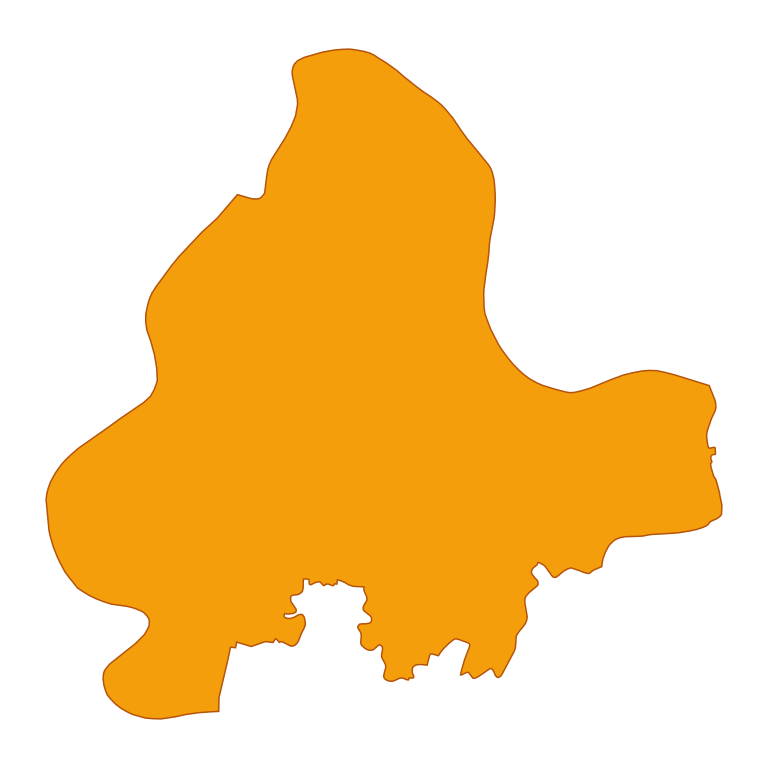 outline of Nam Sach, Hải Dương, Vietnam
{"feature_id": "81297802B53771614429572", "entity_name": "Nam Sach", "entity_type": "district", "adm_level": 2, "iso_a3": "VNM", "parent_name": "Vietnam", "parent_adm1": "Hải Dương", "projection": "mercator", "projection_center": [106.346, 21.022], "detail": "fine", "context": "isolated", "style": "filled", "palette": "amber", "viewbox_px": 768, "rotation_deg": 0, "n_neighbors": 0, "source": "geoboundaries", "source_scale": "gbopen_adm2", "svg_char_len": 6089}
<svg xmlns="http://www.w3.org/2000/svg" viewBox="0 0 768 768"><path d="M107.3,695.0L111.1,699.5L115.8,704.3L120.7,708.1L126.5,711.5L132.4,714.4L145.6,718.1L153.4,718.7L161.2,718.9L175.7,716.7L185.9,714.5L198.6,712.7L212.2,711.7L218.7,711.4L219.0,697.5L227.8,660.1L230.5,647.2L235.6,647.7L236.6,642.1L251.3,646.5L263.8,642.1L266.0,641.6L273.1,642.5L275.3,638.8L275.9,638.8L276.8,639.5L279.4,642.4L280.5,641.9L281.4,641.7L282.7,642.0L289.4,645.4L291.3,646.1L293.2,646.0L295.3,644.9L297.1,643.2L298.6,640.6L301.5,633.2L304.2,628.0L305.2,625.2L305.4,623.5L304.6,618.5L304.0,616.8L303.1,615.4L302.1,614.6L301.3,614.4L300.0,614.4L298.6,614.8L293.6,617.5L291.2,618.2L289.8,618.5L287.5,618.4L285.3,617.7L284.5,617.1L284.1,616.3L284.2,614.9L284.4,614.0L284.7,613.7L289.3,614.0L293.4,613.4L295.6,612.3L296.2,611.2L296.2,610.2L296.0,609.1L291.4,602.3L290.7,600.6L290.6,597.3L291.0,596.4L292.0,595.4L294.0,595.0L297.4,594.7L299.2,594.0L301.1,592.7L302.4,591.3L303.3,587.4L303.2,582.8L303.5,579.0L307.2,579.0L308.3,579.3L309.0,579.7L309.2,583.7L309.6,584.4L310.2,584.6L311.1,584.7L314.5,582.9L316.8,582.0L318.4,581.8L319.6,581.9L320.6,582.4L323.2,585.4L323.7,585.6L324.9,585.2L326.0,584.2L327.4,584.1L328.1,584.1L329.8,584.6L332.3,585.6L333.4,585.6L335.2,583.7L336.8,584.1L337.5,579.8L340.7,580.7L344.6,582.4L348.4,584.6L352.3,586.1L355.4,586.5L364.0,586.8L363.9,590.1L365.0,593.1L366.8,596.8L366.9,599.6L366.8,600.4L364.5,604.2L363.5,606.2L363.2,607.3L363.1,608.8L363.4,609.8L364.3,611.1L369.4,615.1L371.1,616.8L371.4,617.9L371.6,620.3L371.2,621.5L370.6,622.4L369.4,623.1L365.7,623.8L362.5,623.8L359.8,624.1L358.5,625.4L357.8,626.6L357.8,627.6L358.2,628.7L359.6,630.6L360.7,632.7L361.1,634.4L361.3,635.7L360.7,642.7L361.1,644.4L361.7,645.4L365.0,648.4L367.2,649.6L368.7,650.1L370.9,650.2L372.5,650.0L373.6,649.5L378.3,645.4L379.3,644.9L380.3,645.0L381.1,645.5L382.1,646.5L382.5,647.6L382.5,648.7L382.3,651.2L381.7,653.9L381.6,656.0L381.8,657.5L385.0,663.6L385.6,665.3L385.7,666.8L385.5,668.8L384.6,671.6L383.8,675.2L383.8,676.8L384.2,678.0L384.7,678.8L386.2,679.9L388.2,680.8L391.4,681.3L393.2,681.1L396.7,679.6L399.3,678.3L401.0,678.0L402.3,678.0L403.4,678.3L406.5,679.7L408.6,679.9L409.0,678.1L412.9,678.0L413.5,677.8L413.8,677.1L413.6,675.8L412.5,673.4L412.2,671.8L412.5,668.0L413.3,666.7L414.8,665.5L416.5,664.9L418.3,664.6L422.1,664.6L427.2,665.1L428.2,660.5L429.6,655.6L430.2,654.3L431.0,654.0L432.4,654.0L438.4,655.7L440.7,652.1L443.7,648.4L450.4,642.0L454.1,639.3L455.0,638.9L456.5,638.9L459.4,639.7L467.4,642.6L469.2,643.6L469.6,644.1L469.7,644.8L469.7,645.6L468.8,648.6L464.6,659.5L461.7,669.7L460.5,674.9L462.0,674.7L466.0,672.7L467.0,672.3L467.7,672.3L468.8,672.7L472.7,678.0L473.6,678.3L474.7,678.3L477.1,677.3L480.0,675.5L489.4,669.0L490.4,668.6L491.1,668.6L492.0,669.0L492.9,670.1L494.1,672.2L494.9,674.5L496.0,676.2L496.8,677.0L497.7,677.4L498.6,677.3L499.5,677.0L500.8,676.0L502.3,673.7L514.5,650.7L515.2,648.4L515.6,645.6L516.1,637.4L516.4,635.7L517.6,633.7L519.5,631.0L522.1,627.9L525.2,623.8L526.2,621.7L526.9,619.3L527.2,616.5L524.9,603.1L524.8,600.3L525.2,597.9L525.9,596.3L529.2,592.5L537.0,586.0L538.0,584.7L538.0,582.6L537.8,581.5L537.1,580.2L534.7,577.7L532.4,574.7L531.6,573.3L531.4,572.1L531.7,570.2L532.5,568.8L533.7,567.5L536.9,565.0L538.0,562.5L538.7,562.5L541.0,563.6L543.3,564.8L544.8,566.0L552.1,576.0L552.9,576.8L553.7,577.3L555.8,577.3L558.6,575.5L561.1,573.2L564.5,570.6L568.0,568.8L571.1,567.9L579.6,570.7L583.7,572.4L587.5,573.4L589.4,573.4L592.4,570.9L593.8,570.0L601.8,566.6L602.0,564.0L603.0,558.5L605.5,551.9L608.8,545.8L611.0,543.3L614.0,540.5L616.2,539.2L620.0,537.7L625.4,536.7L638.9,536.3L643.2,536.0L648.5,534.9L652.7,534.4L673.6,533.2L679.6,532.6L690.0,530.9L696.8,529.4L702.0,527.7L706.0,526.0L708.1,524.4L709.5,522.6L710.6,521.5L717.4,518.4L720.4,516.0L721.5,514.4L721.9,505.8L721.8,504.6L719.9,495.7L719.4,492.3L716.0,479.9L713.6,476.0L710.9,466.8L710.7,464.9L710.7,463.5L711.8,462.2L711.8,461.5L711.1,459.7L710.7,458.0L711.0,456.4L712.1,454.9L712.8,454.6L715.2,454.4L715.5,453.6L715.1,447.8L714.7,447.4L714.3,447.3L711.0,448.0L709.6,448.1L708.8,447.9L707.9,445.9L706.9,439.5L706.6,436.0L706.8,433.4L707.8,429.2L711.5,418.5L715.1,410.9L715.9,407.7L715.6,403.0L714.9,400.0L709.2,385.6L674.4,374.8L663.7,372.1L656.8,370.7L649.6,370.4L642.0,371.0L632.5,372.8L623.2,375.1L612.3,379.1L589.9,388.3L581.4,390.8L575.0,392.3L570.3,392.7L565.8,392.0L556.4,389.6L543.2,385.6L537.1,383.0L529.5,378.8L524.3,374.9L519.5,370.7L513.7,364.9L508.4,358.6L501.4,349.2L498.3,344.2L490.8,329.5L486.8,319.1L485.1,314.2L484.1,308.1L483.7,293.6L484.0,288.7L485.7,275.3L487.8,261.8L488.9,252.1L489.3,245.0L490.2,238.1L494.1,218.0L494.6,213.1L495.2,202.3L495.2,194.8L494.7,186.4L494.0,179.4L492.3,172.5L490.6,168.2L488.6,165.0L479.6,153.8L467.2,138.8L461.2,130.6L452.8,118.0L445.1,108.8L441.1,104.7L437.3,101.5L431.5,97.2L423.5,91.9L415.9,86.3L403.1,76.0L397.1,70.7L386.2,62.8L378.1,57.9L375.0,55.7L369.7,53.0L364.0,51.4L355.3,49.8L349.7,49.1L341.2,49.4L333.9,50.1L322.7,52.1L304.5,57.3L298.0,60.4L294.7,63.7L293.2,66.4L292.2,70.8L292.2,74.0L292.8,77.8L297.3,99.0L297.6,104.1L295.6,115.8L291.4,126.2L285.1,138.1L271.6,159.4L269.2,164.8L267.7,169.8L266.5,177.6L264.9,191.1L264.6,192.9L263.7,194.6L261.4,197.2L259.8,198.2L258.3,198.9L255.4,198.9L253.2,198.9L249.3,198.1L237.5,194.6L217.1,218.3L202.0,232.1L179.0,256.5L171.5,265.7L156.1,286.6L152.0,293.0L149.9,297.8L148.4,302.2L147.4,306.1L145.8,314.1L145.7,321.8L146.8,329.8L150.8,341.4L154.5,354.8L156.7,368.0L157.3,380.0L156.8,382.4L154.4,389.3L150.5,396.2L144.0,402.3L119.3,419.2L108.8,426.9L78.1,448.5L71.0,454.7L66.2,459.3L62.0,463.8L55.7,472.5L50.8,481.3L48.3,488.0L46.8,493.6L46.1,499.8L49.0,530.6L50.3,536.3L53.4,547.1L57.4,557.1L60.6,563.7L64.8,571.6L69.6,578.1L77.5,587.9L82.1,591.1L89.2,595.4L95.8,598.6L102.2,601.2L111.2,604.1L127.5,606.4L134.3,608.2L141.5,611.1L144.2,612.9L147.3,616.3L149.1,619.4L149.3,622.1L149.1,625.4L147.9,628.5L144.4,634.6L135.3,643.7L110.0,663.8L107.1,667.1L104.4,670.9L103.5,673.9L103.1,679.0L103.9,685.2L105.6,690.8L107.3,695.0Z" fill="#f59e0b" stroke="#b45309" stroke-width="1.5"/></svg>